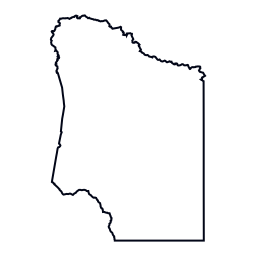 outline of Caroebe, Roraima, Brazil
{"feature_id": "56859067B41446957108581", "entity_name": "Caroebe", "entity_type": "district", "adm_level": 2, "iso_a3": "BRA", "parent_name": "Brazil", "parent_adm1": "Roraima", "projection": "albers", "projection_center": [-59.482, 0.945], "detail": "fine", "context": "isolated", "style": "outline", "palette": "ink", "viewbox_px": 256, "rotation_deg": 0, "n_neighbors": 0, "source": "geoboundaries", "source_scale": "gbopen_adm2", "svg_char_len": 5322}
<svg xmlns="http://www.w3.org/2000/svg" viewBox="0 0 256 256"><path d="M203.8,240.6L203.7,186.3L203.7,135.7L203.7,134.6L203.6,81.2L203.1,81.0L202.2,80.2L201.5,80.0L200.9,79.5L202.0,79.1L202.2,78.3L202.0,77.7L202.4,77.2L202.9,77.1L203.7,76.7L204.1,76.3L204.7,76.1L205.1,75.8L204.8,75.4L204.2,74.7L203.1,72.7L202.6,72.6L199.8,71.8L199.2,71.0L199.0,70.4L199.4,70.2L199.7,69.0L200.3,68.4L200.1,67.8L200.3,67.1L200.0,66.6L198.8,66.4L198.0,66.5L197.5,66.4L196.5,66.6L195.9,66.6L195.6,67.0L194.8,67.2L194.1,67.1L193.6,67.3L192.7,67.1L192.0,67.2L191.3,67.7L190.8,68.0L190.3,68.9L189.9,69.0L189.4,68.5L189.3,68.0L188.8,67.2L188.3,66.3L188.1,65.2L187.6,64.9L186.7,65.1L186.1,65.3L185.4,65.3L184.2,65.3L182.8,64.2L181.8,64.3L181.3,64.7L180.0,65.3L179.3,65.4L178.4,65.5L177.7,65.3L177.5,64.9L177.4,64.2L177.0,63.6L176.3,63.4L175.3,63.5L175.3,64.2L174.8,64.4L174.0,64.3L172.0,62.9L171.7,62.3L171.5,61.7L170.5,61.9L169.9,61.4L169.4,61.3L169.1,61.6L168.4,61.8L167.4,62.2L166.8,62.2L166.2,61.7L165.4,60.9L164.7,60.6L163.4,61.2L162.4,61.5L161.2,61.2L160.8,60.9L159.6,59.5L158.5,59.9L158.0,59.9L157.2,59.3L156.8,58.7L156.2,58.0L155.4,56.9L153.9,56.4L152.5,56.7L152.3,57.4L151.3,57.0L149.1,56.5L148.4,55.6L147.6,55.0L146.4,55.2L145.7,55.1L144.6,54.7L143.7,53.4L141.8,52.5L141.5,51.7L140.6,51.4L139.8,51.1L140.1,50.6L140.9,49.7L140.3,48.5L139.8,47.9L139.4,46.6L138.9,46.3L138.7,45.4L139.5,44.7L139.0,44.1L138.1,43.2L137.2,42.8L136.5,42.0L135.6,41.8L135.1,41.8L134.7,42.7L133.6,42.8L132.7,42.6L132.4,42.2L132.5,41.6L132.3,40.5L133.0,39.6L133.3,39.2L133.1,38.7L131.9,36.3L131.5,35.2L131.9,34.7L131.9,33.9L131.4,33.9L130.3,33.2L129.0,33.4L128.1,33.4L127.0,33.5L127.2,34.4L126.7,35.4L126.6,34.9L126.0,34.6L125.0,35.1L123.8,35.0L123.2,34.8L123.5,34.2L123.8,33.7L123.7,32.6L122.9,32.4L123.0,31.5L121.3,30.1L121.0,29.5L121.1,27.2L120.5,26.8L119.8,27.2L118.2,27.7L113.1,28.6L112.5,28.7L112.3,28.2L111.3,27.6L111.1,26.7L109.8,26.7L109.3,26.2L109.6,25.3L109.5,24.3L108.2,23.0L107.4,21.8L106.7,20.9L106.0,20.3L105.4,20.5L104.9,20.4L104.1,20.7L103.1,21.1L102.5,21.2L101.6,21.1L100.7,21.4L99.9,21.2L99.4,20.8L98.5,20.8L98.2,20.4L97.8,20.1L96.4,20.2L95.7,19.7L94.6,19.7L93.9,19.7L93.4,19.3L92.0,19.0L89.8,18.3L89.2,17.8L88.8,18.1L88.0,18.2L87.5,17.6L86.4,16.9L85.9,16.6L85.3,16.1L85.2,15.7L84.8,15.4L83.9,15.5L83.2,15.8L82.6,15.7L82.2,15.9L81.7,16.2L81.3,16.6L80.5,17.2L79.9,17.3L79.9,18.3L79.3,18.4L78.5,18.2L77.9,18.4L77.2,18.0L76.9,17.3L77.2,16.7L77.4,16.1L76.8,15.8L76.1,15.6L75.6,15.7L75.0,16.0L74.3,16.9L73.7,16.8L73.1,17.0L72.2,17.4L71.6,17.5L71.1,18.1L70.4,18.2L70.0,18.6L69.5,18.9L67.7,18.0L67.1,18.2L66.4,18.2L65.7,18.2L65.3,18.4L64.4,18.3L63.6,18.3L63.2,18.2L62.6,18.3L61.7,18.5L61.0,18.8L60.2,18.6L59.5,19.7L59.1,20.3L58.4,20.9L58.4,22.0L58.9,22.3L59.6,22.8L59.9,23.3L59.7,23.8L59.6,24.4L59.7,25.5L58.8,25.9L58.2,25.8L57.5,26.3L57.0,26.5L56.4,26.2L55.8,26.6L55.8,27.2L55.4,27.9L55.3,29.1L54.9,29.6L54.7,30.4L54.0,31.2L53.4,31.4L52.9,31.0L52.4,31.0L52.0,31.1L51.7,31.5L51.9,32.0L52.4,32.7L52.9,33.3L53.3,33.7L53.6,34.5L53.2,35.6L52.7,36.1L51.8,37.3L51.3,37.9L50.9,39.5L51.1,40.2L51.7,40.7L51.4,41.3L51.1,42.4L51.2,42.9L51.4,43.4L51.4,44.1L51.7,44.5L52.2,45.2L52.9,45.6L53.5,45.9L54.2,46.6L55.4,47.4L55.4,48.4L55.6,49.5L55.2,50.8L56.3,50.5L56.7,51.2L57.4,51.7L57.7,52.5L57.5,53.8L57.8,54.2L58.2,54.6L58.5,55.3L58.0,55.3L57.8,56.0L58.3,55.9L58.4,56.4L58.8,57.0L58.1,57.2L58.7,57.7L58.9,58.2L58.4,58.7L57.5,58.9L57.6,60.1L57.1,60.2L57.1,61.1L56.8,61.5L56.3,62.0L56.0,62.4L55.8,62.9L56.2,63.3L56.4,63.8L55.7,64.0L55.5,64.6L55.8,65.4L56.6,66.0L57.3,66.3L57.5,67.0L57.4,67.6L57.6,68.3L57.2,68.8L57.2,69.5L56.9,70.0L56.5,70.5L56.5,71.8L56.8,72.6L57.3,72.3L57.9,73.2L62.1,87.6L62.9,94.8L63.7,100.7L63.9,103.1L64.3,106.4L62.9,114.9L62.2,118.7L60.9,131.5L61.7,132.2L60.8,134.6L59.0,143.5L59.2,143.9L59.8,144.3L60.2,145.0L60.4,145.5L60.1,146.2L59.2,147.1L58.6,147.2L58.1,147.4L57.6,148.6L56.9,153.0L56.2,156.7L52.2,180.0L51.9,182.0L52.6,182.5L53.2,182.6L53.6,183.2L53.9,183.8L54.5,183.8L54.7,184.7L55.3,185.1L56.4,186.2L56.8,186.5L57.2,186.9L57.7,187.4L58.6,188.3L59.0,188.9L59.5,189.2L59.6,189.8L60.0,190.3L61.2,191.3L61.6,191.9L61.9,192.8L62.9,194.2L63.6,194.6L66.7,193.9L68.2,194.1L69.8,193.6L70.6,193.7L71.3,194.1L72.9,194.9L74.3,193.5L75.8,192.8L76.2,192.3L76.5,191.7L78.5,190.2L79.0,189.9L80.5,189.9L81.8,190.2L83.2,189.9L84.8,189.9L85.9,190.3L86.7,191.0L87.3,191.1L88.3,191.0L88.6,192.6L89.2,194.2L89.8,194.6L90.3,194.8L90.9,195.2L91.4,195.9L92.9,197.3L94.0,197.8L94.8,197.5L95.5,197.7L96.1,197.9L96.4,198.6L97.0,199.4L97.2,200.0L97.8,200.3L98.0,201.0L98.1,201.6L99.1,202.5L100.1,203.2L100.2,203.9L100.4,204.6L100.6,205.4L100.5,206.0L100.8,206.9L101.0,207.7L101.5,208.2L102.2,208.4L102.5,208.8L102.5,209.5L102.8,209.8L102.8,210.4L102.9,211.0L103.0,212.0L104.0,211.9L104.6,212.0L105.1,212.4L106.1,212.6L106.7,212.8L107.3,212.7L107.7,213.0L108.3,213.3L109.0,213.2L109.6,213.3L110.1,215.0L110.6,216.1L110.6,216.6L111.0,217.2L111.6,218.1L111.2,218.9L111.4,219.4L111.2,220.6L110.6,220.8L110.7,222.2L110.4,222.9L109.4,223.7L109.5,224.6L109.3,225.5L108.7,226.4L108.8,227.1L109.0,227.8L109.6,228.4L109.8,229.1L110.2,230.5L110.8,231.6L112.2,232.7L112.5,233.4L112.8,234.6L113.4,235.5L114.2,236.4L114.1,237.3L114.4,237.9L114.5,238.8L114.5,239.5L114.8,240.0L114.8,240.6L142.9,240.6L154.7,240.6L203.8,240.6Z" fill="none" stroke="#020617" stroke-width="2"/></svg>